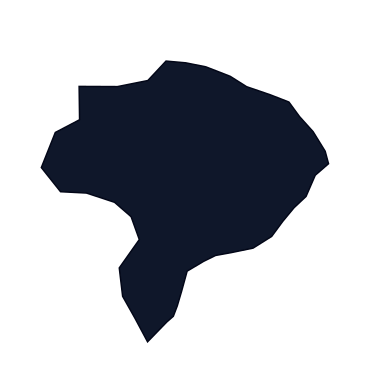 outline of Agios Efstathios, Cyprus, rotated 345°
{"feature_id": "46923920B27642326051003", "entity_name": "Agios Efstathios", "entity_type": "district", "adm_level": 2, "iso_a3": "CYP", "parent_name": "Cyprus", "parent_adm1": "", "projection": "robinson", "projection_center": [34.021, 35.386], "detail": "fine", "context": "isolated", "style": "filled", "palette": "ink", "viewbox_px": 384, "rotation_deg": 345, "n_neighbors": 0, "source": "geoboundaries", "source_scale": "gbopen_adm2", "svg_char_len": 649}
<svg xmlns="http://www.w3.org/2000/svg" viewBox="0 0 384 384"><g transform="rotate(345 192 192)"><path d="M110.3,325.2L133.9,311.1L141.8,307.2L148.3,298.2L156.2,285.3L166.8,267.2L185.2,262.0L198.3,259.4L214.1,260.7L236.5,262.0L257.5,255.5L272.0,243.9L286.5,233.6L301.0,225.8L315.4,207.7L331.2,200.0L331.2,187.1L324.6,165.1L315.4,147.0L308.9,130.2L293.1,118.6L272.0,104.4L258.9,90.2L237.8,74.7L219.4,65.6L200.8,58.8L178.2,72.9L147.3,70.9L110.3,60.8L102.1,93.1L75.4,99.1L52.8,129.4L65.1,157.7L89.8,165.7L114.5,181.9L126.8,200.1L128.8,224.3L102.1,246.5L98.0,274.8L104.2,299.0L110.3,325.2Z" fill="#0f172a" stroke="#020617" stroke-width="1.5"/></g></svg>